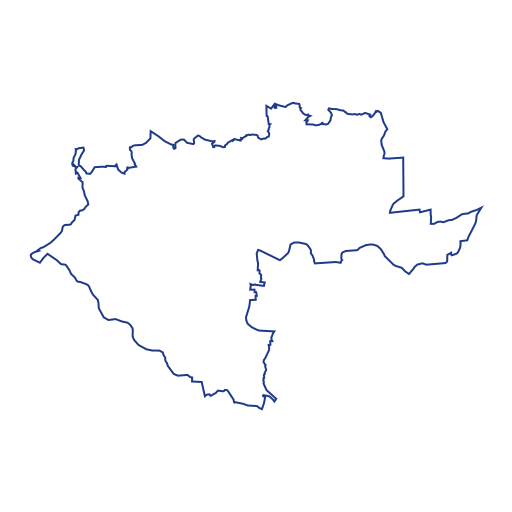 outline of Feleacu, Cluj, Romania
{"feature_id": "2599482B32360737333989", "entity_name": "Feleacu", "entity_type": "district", "adm_level": 2, "iso_a3": "ROU", "parent_name": "Romania", "parent_adm1": "Cluj", "projection": "albers", "projection_center": [23.663, 46.697], "detail": "fine", "context": "isolated", "style": "outline", "palette": "blue", "viewbox_px": 512, "rotation_deg": 0, "n_neighbors": 0, "source": "geoboundaries", "source_scale": "gbopen_adm2", "svg_char_len": 6034}
<svg xmlns="http://www.w3.org/2000/svg" viewBox="0 0 512 512"><path d="M365.1,112.9L361.3,114.7L359.4,113.9L356.9,114.8L355.4,114.1L352.0,114.4L347.9,113.9L346.5,113.2L346.1,112.4L345.4,112.3L343.5,110.6L340.1,110.2L336.5,109.1L331.5,109.0L329.1,108.3L328.3,109.8L330.8,112.5L331.9,115.0L330.7,118.0L330.6,120.1L328.6,123.1L327.9,123.9L326.1,124.5L323.7,124.1L322.3,122.8L321.6,123.4L322.1,123.7L322.0,124.1L321.2,123.9L318.5,125.0L315.6,125.3L312.9,124.5L306.5,124.3L306.4,122.3L307.3,121.4L307.8,120.3L305.3,120.3L308.2,117.0L310.1,115.9L308.3,115.5L308.1,114.6L306.6,115.0L304.9,114.6L303.1,113.3L300.4,109.7L300.4,108.5L300.9,108.0L299.7,107.4L299.7,105.3L299.2,103.9L294.2,103.3L294.1,103.0L292.8,102.8L287.4,105.3L285.6,107.0L279.1,105.4L275.5,104.0L276.4,107.7L275.7,107.9L275.6,107.2L274.6,107.5L273.9,104.9L271.1,108.6L266.4,105.9L266.6,115.9L267.7,116.5L268.7,124.0L270.1,124.2L269.4,124.9L269.5,127.0L268.7,128.6L268.7,129.8L267.8,131.2L269.1,133.0L269.2,134.7L268.8,136.4L267.1,137.1L265.5,138.6L263.8,138.5L261.2,139.4L258.1,137.6L257.6,135.6L256.4,134.9L252.0,134.5L250.0,135.1L249.0,134.7L246.2,135.3L246.3,136.0L243.2,137.6L241.9,139.1L241.6,138.1L241.2,138.0L241.3,139.1L239.6,140.0L239.8,140.4L234.9,139.2L233.2,140.4L233.3,139.6L228.0,142.6L226.8,144.2L225.0,145.5L224.9,147.0L223.1,147.2L219.9,145.9L215.2,145.4L214.7,145.7L214.3,147.0L213.3,147.2L212.0,143.8L214.4,141.8L214.5,141.1L212.2,141.4L204.9,139.6L201.1,137.4L199.8,136.2L198.0,135.5L194.0,138.7L193.7,139.7L194.2,143.1L193.4,144.1L187.1,142.8L183.9,139.5L180.6,139.7L175.6,142.9L175.3,144.1L175.5,148.1L174.2,148.8L173.3,147.7L173.2,144.8L171.2,144.5L164.7,141.2L158.2,136.1L150.7,131.2L150.4,138.3L146.1,142.8L142.3,144.9L134.8,145.3L132.7,146.0L131.1,147.4L130.0,147.2L129.8,148.3L130.1,150.0L131.2,151.0L131.7,152.3L131.6,155.0L132.1,158.2L134.8,163.4L135.1,164.3L134.8,164.5L136.2,166.6L129.1,167.8L127.4,167.4L127.1,168.2L127.5,168.9L127.5,169.5L124.7,171.9L124.5,173.7L121.4,172.5L118.2,169.6L116.5,164.5L115.5,165.4L115.8,166.3L107.1,165.8L106.3,165.9L106.0,167.0L102.4,166.7L94.7,167.2L91.7,172.1L90.2,173.8L86.5,173.5L85.5,171.3L84.1,170.2L80.8,166.3L78.9,165.4L78.7,164.8L79.0,159.8L81.5,154.5L84.1,150.4L83.4,147.6L78.8,148.2L77.0,149.2L75.7,149.1L75.9,151.0L75.5,154.1L73.6,157.9L73.3,161.3L72.3,162.7L72.3,164.7L73.2,166.0L73.9,166.0L73.8,164.8L75.0,165.9L75.2,166.8L77.2,167.0L75.7,168.8L75.3,169.8L76.0,171.8L75.7,172.5L75.9,173.6L77.5,172.8L80.4,177.9L78.4,177.7L78.4,178.6L82.6,182.2L82.5,187.9L83.9,191.2L84.8,195.4L87.6,201.2L88.3,204.4L85.9,206.6L84.0,209.3L82.0,210.4L80.0,210.6L78.6,212.4L78.4,214.8L75.5,215.6L74.5,220.0L71.9,222.5L70.8,224.3L70.0,224.7L64.9,225.0L63.4,225.9L62.6,227.4L62.0,230.8L60.8,232.7L53.4,240.2L50.2,243.0L43.0,247.4L40.8,248.0L37.6,250.4L38.7,250.9L34.6,252.1L32.0,253.6L31.0,254.5L30.7,255.5L31.4,257.8L33.2,259.5L39.9,262.7L43.5,257.9L47.5,253.8L56.7,260.1L61.1,264.2L65.0,264.6L66.0,265.2L69.4,270.1L71.0,273.8L74.8,277.4L76.7,280.8L78.0,281.7L80.4,282.0L86.1,284.1L87.8,285.0L89.0,286.4L91.5,292.1L93.2,294.9L97.8,299.9L98.5,303.1L98.7,307.2L99.2,309.0L103.7,317.3L108.4,320.0L115.6,319.1L121.7,321.4L127.5,322.7L128.8,323.6L130.6,325.3L132.6,328.4L132.8,330.4L132.6,336.1L133.1,337.8L134.3,340.1L138.4,344.9L146.4,349.3L152.2,350.5L159.4,350.6L162.8,352.4L163.8,355.6L165.3,357.7L165.2,359.7L165.8,361.5L167.0,363.2L167.8,365.9L173.7,373.9L177.9,375.7L187.5,374.9L190.2,377.1L192.2,377.5L192.0,381.5L201.7,382.0L204.9,396.2L206.8,394.7L209.5,394.3L210.5,395.8L211.5,395.5L214.0,393.8L215.5,393.3L217.9,390.6L223.0,391.3L224.3,390.7L224.9,389.9L227.1,390.2L228.0,391.1L233.6,399.7L234.1,402.6L233.8,403.0L235.2,402.2L243.1,403.8L247.9,405.5L256.3,406.0L257.4,406.3L259.0,407.8L261.9,409.2L264.0,403.1L265.1,397.3L263.0,395.9L263.4,395.1L269.3,396.3L272.7,399.3L274.4,401.5L276.2,398.8L266.5,390.1L263.5,383.4L263.9,382.2L263.3,380.4L263.6,379.5L263.4,378.3L264.2,377.8L263.9,374.8L264.8,374.1L264.6,373.2L265.0,372.1L266.2,370.1L265.1,366.0L265.6,365.1L263.5,362.1L263.9,360.0L265.2,358.2L268.9,350.4L269.2,348.5L268.7,345.0L269.9,345.2L270.4,344.8L270.2,341.1L272.3,341.1L271.6,339.7L271.3,337.7L273.2,333.0L274.3,331.4L259.6,330.6L257.3,330.0L251.9,327.3L248.0,324.1L246.9,322.2L246.2,319.7L246.0,317.3L249.3,306.6L250.1,300.1L255.7,299.8L255.6,295.9L256.8,295.8L256.2,292.2L254.6,292.2L254.5,289.7L250.2,289.7L250.8,285.5L250.5,284.1L253.0,285.1L255.0,284.4L255.5,284.8L263.9,285.9L264.7,282.5L260.2,281.9L261.4,278.7L260.8,277.1L261.3,275.4L261.0,274.6L259.5,273.5L259.6,270.9L259.3,270.2L257.7,270.3L258.1,263.0L257.4,260.7L256.7,253.4L258.1,249.9L260.1,250.5L279.9,260.2L282.8,258.0L288.0,253.1L288.9,251.4L290.6,244.4L294.2,242.5L299.0,242.5L305.9,244.0L307.3,244.9L309.1,247.2L310.7,249.7L311.0,250.9L310.8,253.2L312.5,255.5L314.0,259.4L314.1,261.3L314.9,263.4L335.9,262.0L340.6,262.8L341.3,260.8L342.2,260.0L341.4,258.8L341.3,257.5L341.6,253.7L342.6,252.4L345.8,251.0L356.9,250.2L357.9,249.7L359.6,247.9L365.7,245.2L370.2,244.5L373.3,244.6L377.4,246.0L380.6,248.9L383.9,253.9L384.7,256.0L393.4,264.6L395.6,265.9L401.8,267.8L405.2,271.4L409.0,274.0L413.9,268.2L414.5,267.0L417.3,264.6L422.4,263.3L426.3,264.7L445.1,263.1L446.5,262.3L447.2,261.0L447.3,254.9L451.1,252.8L451.1,254.4L451.7,255.3L456.1,253.9L457.5,252.9L458.4,251.5L460.1,247.7L460.6,244.5L460.4,241.2L467.3,240.3L468.5,236.8L475.2,223.8L476.0,221.4L476.7,215.2L481.3,207.7L476.6,210.0L470.5,212.0L468.6,213.3L462.0,214.2L456.2,218.0L451.7,220.0L448.7,220.2L443.5,222.2L440.4,221.6L437.3,222.0L435.1,223.4L433.5,223.9L430.8,223.8L431.1,216.8L430.7,215.0L430.6,209.6L420.0,212.3L419.5,209.6L389.9,212.8L390.3,210.5L392.6,205.3L393.6,203.7L396.9,200.9L403.5,196.3L403.2,157.6L388.6,158.6L383.4,158.2L383.7,156.2L384.5,153.6L384.4,151.6L381.7,145.0L381.2,140.7L381.7,138.9L384.0,135.4L385.4,131.6L387.3,129.1L383.6,122.3L380.8,112.8L377.9,110.9L376.8,111.6L376.6,111.1L375.9,111.1L375.3,112.6L372.9,115.8L371.1,117.1L370.9,116.7L370.5,117.0L369.4,116.0L370.1,114.6L365.1,112.9Z" fill="none" stroke="#1e3a8a" stroke-width="2"/></svg>